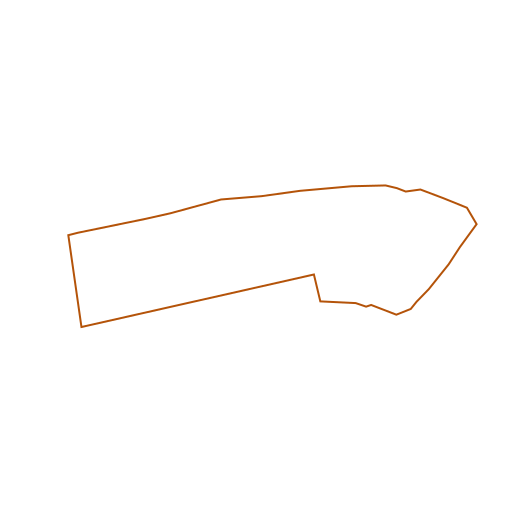 outline of Hauma, Tuvalu, rotated 122°
{"feature_id": "33948139B82290381825110", "entity_name": "Hauma", "entity_type": "district", "adm_level": 2, "iso_a3": "TUV", "parent_name": "Tuvalu", "parent_adm1": "", "projection": "orthographic", "projection_center": [176.112, -5.671], "detail": "fine", "context": "isolated", "style": "outline", "palette": "amber", "viewbox_px": 512, "rotation_deg": 122, "n_neighbors": 0, "source": "geoboundaries", "source_scale": "gbopen_adm2", "svg_char_len": 496}
<svg xmlns="http://www.w3.org/2000/svg" viewBox="0 0 512 512"><g transform="rotate(122 256 256)"><path d="M241.0,197.1L260.4,177.4L243.1,146.5L240.6,135.8L236.5,132.4L231.4,105.9L218.9,96.7L209.7,95.6L192.5,91.9L160.9,88.2L140.4,87.8L112.1,85.8L103.3,102.7L107.7,127.8L112.5,151.8L122.0,163.2L123.8,172.5L127.5,183.5L146.2,211.9L177.4,253.2L202.4,283.1L226.6,315.6L265.2,351.3L282.8,369.1L330.5,419.2L337.8,426.2L408.7,366.4L241.0,197.1Z" fill="none" stroke="#b45309" stroke-width="2"/></g></svg>